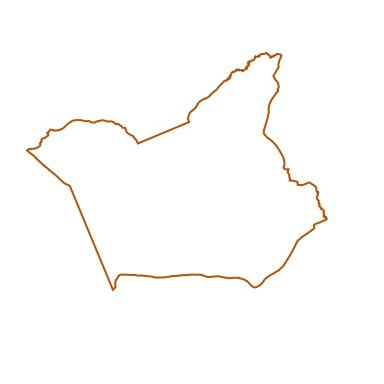 outline of Sesan, Stœng Trêng, Cambodia, rotated 247°
{"feature_id": "14789045B73389269548404", "entity_name": "Sesan", "entity_type": "district", "adm_level": 2, "iso_a3": "KHM", "parent_name": "Cambodia", "parent_adm1": "Stœng Trêng", "projection": "equal_earth", "projection_center": [106.435, 13.605], "detail": "fine", "context": "isolated", "style": "outline", "palette": "amber", "viewbox_px": 384, "rotation_deg": 247, "n_neighbors": 0, "source": "geoboundaries", "source_scale": "gbopen_adm2", "svg_char_len": 6029}
<svg xmlns="http://www.w3.org/2000/svg" viewBox="0 0 384 384"><g transform="rotate(247 192 192)"><path d="M188.4,289.6L197.2,288.6L201.5,287.7L203.7,287.0L207.3,285.6L209.9,284.3L213.3,282.2L218.1,280.9L221.2,282.7L230.4,290.4L232.5,291.9L235.1,293.7L238.8,295.1L241.4,296.7L243.5,298.5L246.0,301.5L249.6,307.4L250.4,308.6L250.7,309.1L250.8,310.1L251.7,310.9L252.4,311.0L252.7,310.9L253.0,311.0L253.3,311.6L253.7,311.8L254.3,312.6L255.2,313.2L257.6,313.4L258.4,313.9L260.5,313.4L263.1,312.5L264.4,312.5L266.0,312.3L267.1,312.4L267.6,313.0L268.9,315.0L271.8,318.6L272.4,319.6L272.5,320.1L273.0,320.5L275.3,321.1L278.4,323.4L279.6,324.5L282.4,327.5L283.1,327.7L283.9,327.1L284.6,326.2L285.0,325.7L285.1,325.2L285.6,324.6L285.9,324.0L285.7,323.8L285.5,322.7L285.2,322.3L285.3,321.9L285.6,321.5L285.7,321.1L285.2,320.8L285.0,320.3L284.9,319.4L285.1,319.2L285.0,318.9L285.4,318.6L285.6,318.7L285.8,317.9L285.5,317.5L285.0,317.5L284.8,317.2L284.9,316.9L285.3,316.7L285.6,317.0L285.8,317.0L286.5,316.6L286.9,316.7L287.8,316.5L288.6,315.8L289.0,316.0L289.4,315.9L289.6,315.5L289.8,315.3L290.9,314.8L291.0,314.5L290.7,313.3L291.1,312.6L291.1,312.3L291.0,312.1L291.2,311.0L291.5,310.6L291.9,309.5L291.8,308.9L291.5,308.3L291.6,306.7L291.3,306.7L291.1,307.1L290.7,307.2L290.5,306.5L291.0,305.5L291.0,304.7L291.1,304.3L291.5,303.5L292.0,303.4L291.7,302.8L290.4,302.0L290.0,301.2L289.7,301.1L289.6,300.7L289.3,300.2L289.6,298.7L289.4,298.2L289.5,298.0L289.6,297.8L289.6,297.0L289.4,295.8L289.7,295.6L290.0,295.2L289.9,295.0L289.1,294.0L288.8,293.9L288.6,294.0L288.5,294.3L288.0,294.9L287.6,294.3L287.0,294.1L287.1,293.6L287.1,293.4L286.8,293.3L286.2,293.5L286.3,292.3L286.0,291.8L285.9,290.7L285.7,290.5L285.0,290.8L285.0,290.5L284.8,290.5L284.3,291.0L284.1,290.7L284.5,289.9L284.1,289.2L283.9,288.2L283.8,287.8L284.0,287.2L283.9,286.7L283.5,286.4L283.4,285.9L283.6,285.7L284.5,285.9L284.7,285.7L284.9,284.8L285.1,284.3L285.4,284.1L285.5,283.8L285.5,283.2L286.1,283.2L285.9,282.1L286.1,281.8L286.3,281.6L286.8,281.6L287.1,281.4L287.3,281.1L287.4,280.7L286.8,280.4L286.4,279.8L286.6,279.0L286.4,278.7L286.1,277.8L286.2,276.9L286.6,276.3L286.6,276.1L286.2,275.0L285.6,274.6L285.2,273.9L284.6,273.3L283.8,273.1L284.1,272.2L283.0,271.5L282.8,271.1L282.2,271.5L281.9,271.4L281.9,271.2L282.1,270.8L282.4,270.8L282.7,270.2L282.6,269.8L282.5,269.5L282.2,269.5L281.7,269.9L281.6,269.7L281.5,268.7L281.7,268.2L281.3,267.6L281.1,267.1L281.1,266.7L281.7,265.7L281.7,265.3L280.3,262.5L278.5,257.8L278.1,257.0L277.3,256.0L276.8,255.1L275.4,250.3L274.2,246.9L273.1,244.5L272.6,240.8L273.0,239.4L273.0,238.4L272.0,233.9L271.4,232.5L268.6,228.8L267.9,227.4L267.2,225.7L266.2,221.9L265.3,220.6L263.0,218.3L261.5,217.2L260.3,216.8L257.5,216.7L257.8,161.2L261.5,160.9L262.7,160.7L264.2,159.9L264.8,160.1L265.7,160.0L266.6,159.5L270.0,156.6L271.2,155.8L272.5,155.4L273.4,155.2L276.8,155.4L277.3,155.3L277.8,154.0L278.4,153.1L279.7,153.0L281.3,152.1L282.1,151.4L283.0,150.9L283.6,150.3L284.3,148.5L284.7,148.2L285.8,147.7L287.5,146.5L288.3,145.7L289.0,144.3L289.7,142.0L292.1,139.1L293.2,137.5L293.7,133.7L294.3,131.7L294.3,131.2L293.8,130.2L295.0,127.2L295.2,126.6L295.8,126.2L296.2,125.7L297.5,125.2L297.8,124.9L298.0,124.3L298.6,121.7L300.8,118.9L302.2,116.5L303.6,112.9L304.0,111.6L304.3,109.6L303.9,108.2L303.5,105.5L303.0,103.8L301.5,99.7L301.1,98.3L300.9,96.8L300.9,95.0L301.0,93.2L302.4,89.0L303.1,88.2L303.8,87.7L304.6,86.5L304.7,86.0L304.4,85.2L303.5,84.2L303.6,83.5L303.0,83.0L303.1,82.6L303.1,82.1L302.8,81.8L302.5,81.9L302.4,81.7L302.2,81.7L301.9,82.0L301.3,82.2L300.8,82.0L300.5,82.1L300.2,81.9L300.1,80.9L299.7,79.6L299.7,78.9L299.4,78.1L299.2,76.7L299.7,75.9L299.8,75.5L299.2,74.4L298.2,73.2L296.9,73.1L296.6,72.5L296.5,71.6L296.3,71.2L295.6,71.3L294.0,70.3L293.6,68.8L293.1,66.2L293.4,64.4L295.1,58.9L295.2,58.3L295.0,56.9L294.7,56.3L286.5,60.8L285.2,61.2L276.9,64.8L273.0,66.7L270.6,68.1L267.6,69.4L266.1,70.3L260.9,73.0L251.3,77.2L249.4,78.3L245.5,81.9L132.9,81.0L133.6,83.0L134.5,84.4L135.4,84.9L136.4,85.2L138.5,85.8L139.1,86.4L140.6,87.5L142.2,90.1L143.1,91.3L143.4,92.2L143.9,92.9L143.7,94.1L141.5,99.5L139.1,104.1L138.6,105.9L138.1,106.9L136.5,108.9L135.1,112.4L129.5,122.5L128.0,124.2L126.6,127.1L124.1,133.5L123.0,137.8L122.3,141.1L120.5,145.8L120.0,148.0L118.7,151.8L117.4,155.2L116.2,159.2L115.7,160.6L114.3,163.1L112.9,167.0L110.2,170.4L108.0,172.6L106.9,175.0L105.6,179.0L105.2,180.6L104.6,182.1L103.6,184.2L102.8,185.4L102.2,186.1L100.8,188.1L100.2,189.3L99.2,190.7L98.3,192.3L97.6,193.9L97.2,195.7L96.6,197.2L95.2,200.6L94.5,201.7L91.5,205.3L89.2,207.3L88.2,208.0L83.8,209.6L81.8,210.5L80.2,211.7L79.4,213.0L79.3,215.2L79.8,218.5L80.1,219.5L81.1,221.7L82.6,223.9L83.9,226.7L84.9,232.0L85.2,235.4L85.6,237.6L85.9,240.9L88.3,247.4L90.2,250.2L91.8,252.3L93.8,255.3L98.2,261.0L101.5,265.1L105.4,269.5L106.1,271.2L107.6,275.7L108.8,282.1L110.5,289.4L110.9,290.4L111.4,290.7L112.6,290.8L113.6,291.2L114.1,291.9L114.3,294.0L114.1,296.9L114.2,305.0L114.7,305.6L115.0,305.7L115.7,305.4L115.7,305.0L116.7,305.6L117.4,304.9L117.5,303.9L117.7,303.6L117.9,303.6L118.5,304.1L118.9,304.1L119.6,304.9L120.0,305.0L120.8,304.7L121.6,305.3L122.3,305.4L122.4,305.7L122.7,305.9L123.1,306.0L123.3,305.8L124.1,305.8L124.7,305.4L125.2,305.4L125.5,305.2L125.9,304.3L126.1,304.1L126.6,304.0L127.2,304.3L127.5,304.6L128.2,304.1L129.0,303.6L130.1,304.0L130.4,304.4L130.8,304.7L131.0,304.6L131.1,304.2L131.9,304.2L132.3,304.3L133.4,305.0L134.0,305.2L134.7,305.0L135.3,304.7L135.7,304.8L136.4,304.4L137.7,304.9L138.2,305.2L138.6,305.2L139.6,305.9L140.1,306.4L140.4,307.0L141.0,307.1L142.2,308.0L142.8,307.9L143.2,307.1L143.5,306.8L144.7,307.3L145.7,307.4L147.8,308.0L148.4,307.9L149.9,307.1L154.7,304.0L155.0,303.6L155.1,303.1L155.1,299.0L155.2,296.9L155.6,295.2L155.8,294.8L157.4,292.1L160.1,293.0L162.6,289.9L164.4,286.4L166.2,287.5L168.1,287.4L170.1,288.4L172.5,287.7L175.2,289.7L176.2,287.2L176.5,286.8L177.1,286.3L178.4,285.7L179.0,285.9L179.9,286.9L182.3,288.4L182.8,288.6L184.5,289.0L188.4,289.6Z" fill="none" stroke="#b45309" stroke-width="2"/></g></svg>